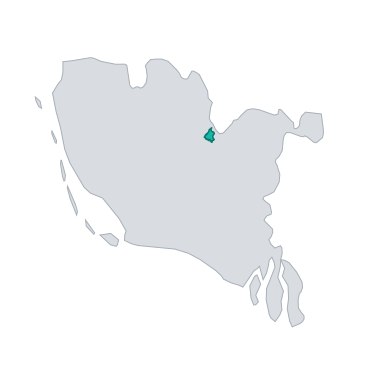 Lingewaard, Gelderland, Netherlands (highlighted), rotated 261°
{"feature_id": "6326949B2884966550009", "entity_name": "Lingewaard", "entity_type": "district", "adm_level": 2, "iso_a3": "NLD", "parent_name": "Netherlands", "parent_adm1": "Gelderland", "projection": "equal_earth", "projection_center": [5.93, 51.907], "detail": "fine", "context": "in_parent", "style": "filled", "palette": "teal", "viewbox_px": 384, "rotation_deg": 261, "n_neighbors": 0, "source": "geoboundaries", "source_scale": "gbopen_adm2", "svg_char_len": 5073}
<svg xmlns="http://www.w3.org/2000/svg" viewBox="0 0 384 384"><g transform="rotate(261 192 192)"><path d="M248.9,331.9L240.9,331.7L233.5,331.5L229.6,331.0L225.4,329.5L223.5,326.4L221.2,322.6L221.8,320.4L228.8,313.9L229.8,312.1L229.1,311.1L229.8,308.3L235.2,298.6L235.9,294.7L233.5,292.0L230.0,290.4L218.8,287.6L213.5,283.5L211.1,280.0L208.6,279.0L204.9,280.2L195.6,281.5L188.1,279.6L179.3,273.0L177.2,267.0L176.2,262.5L174.0,260.9L171.0,263.2L167.2,266.9L159.7,267.4L157.6,266.5L157.2,264.5L156.8,262.5L154.8,260.1L152.6,258.7L143.0,265.6L139.5,265.5L135.1,262.9L132.9,260.4L128.1,261.8L123.7,265.0L125.1,270.9L122.7,272.0L117.4,271.5L111.3,269.0L104.5,267.5L94.3,263.4L79.8,266.8L69.9,262.8L61.6,262.4L56.5,259.2L51.0,253.9L55.0,250.3L58.9,249.1L74.1,248.4L85.1,250.6L104.8,262.2L109.8,262.1L115.1,260.7L112.4,257.5L107.5,256.0L100.1,252.8L94.3,248.5L108.1,247.0L106.3,244.8L104.5,240.9L90.1,227.4L92.6,223.8L96.4,216.0L101.0,209.5L104.7,207.8L110.7,203.2L123.8,189.7L132.1,178.8L138.4,165.9L147.6,130.3L150.3,124.3L154.7,117.7L160.1,118.9L163.8,120.8L177.2,115.8L200.0,102.7L206.8,91.5L213.4,86.2L239.6,76.0L254.0,73.0L276.2,72.2L292.3,70.4L311.6,69.7L319.0,76.0L323.3,80.6L330.2,83.2L340.9,84.9L340.4,94.0L340.6,112.1L339.8,115.3L335.1,122.9L330.1,136.6L328.8,145.6L327.3,147.4L306.9,147.3L304.0,148.9L303.6,150.8L304.6,153.2L304.2,155.5L302.6,157.4L303.5,160.4L307.0,163.8L313.5,165.9L320.4,166.1L324.0,165.7L326.6,168.2L329.2,171.9L329.0,176.6L328.0,183.0L324.8,188.9L315.4,195.7L311.2,198.1L307.2,199.3L305.3,201.1L304.5,203.4L304.7,205.4L311.4,210.8L311.3,212.1L309.4,214.9L306.8,217.6L289.4,223.2L282.2,222.7L278.2,225.5L276.9,226.0L272.3,223.5L262.2,220.6L258.4,221.6L256.3,223.2L249.9,225.1L245.3,228.2L245.3,232.1L253.4,242.3L256.3,244.3L256.4,248.2L260.3,252.9L264.4,259.0L264.8,262.8L264.3,266.7L262.3,272.1L255.2,285.0L255.2,287.5L255.8,289.4L258.2,289.9L260.0,290.9L259.5,292.6L246.3,301.5L244.6,303.1L239.1,302.7L238.2,304.2L239.0,306.6L241.1,308.7L245.8,309.8L249.9,312.1L253.1,316.6L248.9,331.9ZM111.3,269.0L110.1,272.7L107.0,276.8L96.6,282.8L85.8,286.6L80.3,286.2L76.5,284.1L74.5,282.0L68.8,279.9L60.9,278.9L55.9,281.1L52.4,283.2L49.3,282.9L47.0,281.1L45.3,278.4L43.1,269.9L49.0,268.3L61.8,267.8L71.6,270.7L84.6,272.2L94.6,268.1L102.3,271.6L111.3,269.0ZM90.2,234.4L97.7,239.7L99.3,241.4L99.8,243.3L90.2,245.4L80.0,238.8L73.2,240.4L70.7,237.3L70.7,235.3L77.8,233.7L90.2,234.4ZM163.8,105.2L156.2,112.0L151.5,110.1L150.2,108.6L152.6,103.2L163.9,94.4L163.8,105.2ZM197.7,75.0L190.5,75.8L187.3,74.4L204.5,70.6L215.4,69.5L217.3,70.0L197.7,75.0ZM243.8,68.0L228.7,69.6L223.6,68.4L222.8,67.3L226.9,66.6L239.8,66.5L243.7,67.4L243.8,68.0ZM181.0,82.5L166.8,89.5L165.6,88.4L174.8,82.2L181.0,82.5ZM305.3,56.2L298.3,56.5L300.3,54.0L306.8,52.1L310.4,52.1L305.3,56.2ZM274.7,63.1L264.0,66.3L261.4,65.6L262.0,64.7L271.5,62.7L274.7,63.1Z" fill="#d9dde1" stroke="#a8b0b8" stroke-width="1"/><path d="M241.4,215.3L241.2,215.5L241.1,215.8L240.9,216.0L240.7,216.2L240.8,216.2L240.9,216.3L241.3,216.6L241.2,216.8L241.1,217.0L241.1,217.3L241.0,217.5L240.9,217.6L240.9,217.9L240.9,218.0L240.7,218.0L240.6,217.9L240.4,217.9L240.2,217.9L239.9,217.9L239.7,217.9L239.5,218.1L239.5,218.3L239.4,218.4L239.4,218.5L239.7,218.5L239.6,218.8L239.3,219.0L239.1,219.0L238.8,219.0L238.3,219.0L238.2,219.0L238.2,219.3L238.3,219.8L238.5,219.8L238.8,219.8L239.0,219.8L239.3,219.8L239.5,219.9L239.5,220.0L239.6,220.3L239.6,220.5L239.7,220.9L239.7,221.0L239.8,221.0L239.9,221.3L240.0,221.5L240.1,221.8L240.2,222.0L240.3,222.0L240.3,221.9L240.4,222.0L240.5,222.1L240.9,221.8L241.0,221.7L241.5,221.5L241.8,221.4L242.3,221.3L242.3,221.2L242.7,221.2L243.0,221.2L243.4,221.2L244.0,221.3L244.3,221.4L244.4,221.5L244.8,221.8L245.1,222.1L245.4,222.5L245.5,222.6L245.8,222.8L246.0,223.0L246.3,223.1L246.6,223.1L246.8,223.1L247.0,223.1L247.4,222.9L247.5,222.9L247.8,222.6L248.0,222.3L248.1,222.0L248.2,221.9L248.4,221.5L248.5,221.4L248.7,221.2L248.8,221.1L249.1,220.8L249.3,220.7L249.5,220.6L249.8,220.5L250.0,220.5L250.4,220.5L250.6,220.5L250.8,220.6L251.0,220.7L251.2,220.8L251.4,221.0L251.6,221.1L251.8,221.2L252.1,221.3L252.5,221.5L252.8,221.5L252.6,221.4L252.4,221.2L252.2,221.1L252.0,220.9L251.9,220.9L251.7,220.7L251.5,220.4L251.4,220.1L251.4,219.9L251.3,219.7L251.2,219.4L251.1,219.2L250.9,219.0L250.9,218.9L250.7,218.7L250.4,218.6L250.1,218.4L249.7,218.3L249.6,218.2L249.4,218.1L249.2,218.0L249.0,217.9L248.9,217.8L248.7,217.7L248.4,217.4L248.2,217.2L247.9,216.9L247.8,216.7L247.6,216.6L247.5,216.4L247.4,216.4L247.3,216.2L247.2,216.2L246.9,215.9L247.0,215.9L247.2,215.7L246.9,215.4L246.7,215.2L246.7,214.9L246.3,214.9L246.3,214.7L246.2,214.4L246.1,214.2L245.9,214.0L245.8,213.9L245.7,213.8L245.6,213.7L245.4,213.7L245.2,213.5L244.9,213.4L244.7,213.2L244.4,213.0L244.4,212.9L244.1,212.8L244.0,213.0L244.0,213.3L244.0,213.5L243.9,213.5L243.6,213.7L243.4,213.7L242.9,213.7L242.8,213.8L242.7,213.8L242.5,214.0L242.4,214.1L242.5,214.1L242.4,214.1L242.5,214.3L242.3,214.6L242.1,214.9L242.0,215.0L241.9,215.1L241.7,215.4L241.4,215.3L241.4,215.3Z" fill="#14b8a6" stroke="#0f766e" stroke-width="1.5"/></g></svg>